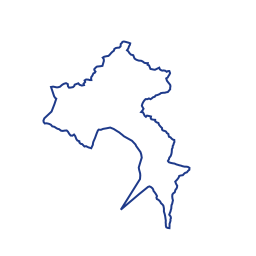 the district of Barra Mansa, Rio de Janeiro, Brazil, rotated 121°
{"feature_id": "56859067B22264554579489", "entity_name": "Barra Mansa", "entity_type": "district", "adm_level": 2, "iso_a3": "BRA", "parent_name": "Brazil", "parent_adm1": "Rio de Janeiro", "projection": "orthographic", "projection_center": [-44.185, -22.485], "detail": "fine", "context": "isolated", "style": "outline", "palette": "blue", "viewbox_px": 256, "rotation_deg": 121, "n_neighbors": 0, "source": "geoboundaries", "source_scale": "gbopen_adm2", "svg_char_len": 4027}
<svg xmlns="http://www.w3.org/2000/svg" viewBox="0 0 256 256"><g transform="rotate(121 128 128)"><path d="M192.5,40.9L190.6,41.9L188.8,43.0L187.4,43.3L185.6,43.8L184.4,44.6L183.1,44.8L181.9,45.9L181.1,48.0L179.6,48.3L177.6,48.6L176.1,49.1L174.8,49.4L173.1,50.3L171.6,51.0L170.2,51.1L168.5,51.7L166.9,52.2L165.4,53.7L163.8,54.9L162.1,55.7L160.5,55.5L159.1,54.8L157.7,55.2L156.3,55.5L155.0,55.2L153.4,55.5L152.1,56.1L151.5,57.4L150.6,58.7L149.6,59.9L147.5,59.4L145.5,59.1L144.0,59.1L142.7,59.4L141.5,58.3L140.2,56.7L138.4,56.4L137.0,55.9L135.7,54.7L133.6,54.4L132.2,53.9L130.5,54.8L130.5,56.6L131.1,58.1L132.0,59.6L132.7,61.7L133.0,63.3L133.5,64.7L133.9,66.4L134.3,67.8L134.5,69.7L135.3,71.7L135.9,73.5L136.3,75.4L135.7,76.8L133.8,76.8L132.2,77.3L130.2,77.0L128.4,77.3L126.6,77.9L124.8,78.8L123.5,79.5L121.9,79.6L120.4,80.4L119.0,80.4L117.5,80.9L116.1,81.0L114.4,82.2L114.8,83.4L114.7,84.8L114.1,86.8L114.4,88.4L113.5,89.3L112.3,90.4L112.3,92.1L111.5,93.5L111.6,95.1L112.1,96.4L111.9,97.9L110.5,98.8L110.1,100.7L109.3,103.0L108.0,104.6L108.4,106.2L108.3,108.0L107.0,108.9L107.8,110.5L108.5,112.5L107.8,113.7L106.3,114.2L107.0,116.4L107.6,118.1L109.2,118.4L108.9,120.1L107.6,122.0L106.9,123.2L107.5,124.9L105.5,124.6L103.5,124.6L102.7,126.1L101.8,127.6L99.6,128.2L97.5,128.3L96.0,128.2L94.2,127.8L93.1,126.0L91.9,125.3L91.7,123.5L90.4,122.9L88.8,122.4L87.5,121.2L85.9,121.1L84.5,119.7L82.6,118.3L81.2,117.8L79.9,116.3L78.7,114.5L77.6,113.5L76.7,112.4L74.7,112.1L73.1,111.8L72.0,112.5L70.6,113.0L69.5,113.8L68.8,115.3L68.3,116.8L67.4,119.0L65.8,120.8L64.3,120.0L62.4,120.1L61.0,120.0L59.3,120.2L57.9,121.9L58.6,123.0L59.9,123.8L59.7,125.4L60.3,127.1L61.2,128.2L61.4,129.5L61.3,130.9L60.2,132.3L61.9,133.4L63.0,134.1L64.2,134.9L64.8,136.3L65.2,137.5L65.8,139.2L64.5,140.9L63.5,142.2L63.7,143.8L62.2,144.4L63.1,145.9L63.7,147.5L63.4,149.8L63.6,151.4L64.7,153.5L65.2,156.0L65.1,158.1L64.1,159.5L62.9,161.0L63.6,163.3L63.0,165.5L62.1,167.2L61.9,168.9L59.7,168.7L57.6,169.2L55.9,169.2L54.3,169.7L54.6,171.5L55.0,172.9L55.4,174.4L56.0,176.1L57.0,177.1L58.4,177.1L59.7,177.5L61.9,176.4L63.6,176.9L64.8,178.6L65.7,179.6L67.3,180.4L69.0,179.9L70.7,180.6L72.6,181.1L74.6,181.4L76.3,181.9L77.9,183.8L79.3,185.2L80.7,185.9L81.4,184.3L83.0,183.2L86.1,182.4L87.9,181.9L89.3,183.5L90.4,185.0L91.3,186.2L92.8,186.8L95.0,187.2L96.0,186.2L96.4,184.9L97.7,184.9L99.1,185.8L101.5,185.5L103.3,185.7L104.6,185.1L105.8,184.1L106.6,185.4L107.0,187.0L108.0,188.9L109.6,189.7L110.6,188.4L113.0,188.9L113.9,187.8L115.4,189.4L115.9,191.8L115.3,193.6L118.3,196.0L119.7,195.7L121.3,196.2L122.8,197.9L123.8,199.3L123.1,201.0L121.4,202.2L121.5,204.2L123.0,205.6L124.5,206.5L125.8,207.0L127.6,207.5L129.3,209.1L130.0,210.3L130.5,211.8L131.1,213.5L132.5,215.1L138.9,207.6L139.7,205.9L139.8,204.6L145.6,203.3L153.3,202.0L162.8,204.7L165.2,204.3L166.3,203.4L167.0,201.7L166.0,200.4L165.5,199.1L165.1,197.7L164.9,195.8L165.6,193.8L164.9,191.7L165.0,189.7L165.0,188.1L164.5,186.5L164.8,184.0L164.1,182.4L162.9,181.0L161.7,179.3L162.1,177.5L163.3,175.3L164.0,173.3L163.2,171.7L161.4,170.9L162.1,169.1L163.3,167.6L164.2,166.4L164.8,164.9L164.4,162.9L165.5,162.2L165.9,160.5L165.4,158.9L165.8,157.6L166.3,155.8L165.2,154.6L165.0,151.9L164.6,150.5L164.3,149.1L160.5,149.5L159.0,150.2L157.6,150.6L153.7,151.1L151.6,151.5L150.1,151.8L148.6,152.1L147.2,152.3L145.8,152.5L144.5,152.3L143.5,150.3L141.6,148.9L139.1,146.0L136.8,143.5L136.2,139.8L136.3,135.7L136.3,133.1L136.6,131.3L136.8,129.4L137.2,127.3L137.1,124.1L136.9,118.0L138.3,113.0L139.2,111.8L142.2,104.9L143.9,103.0L146.4,100.9L147.8,100.6L153.4,99.2L156.4,98.4L158.0,97.0L160.7,94.2L162.4,93.0L165.6,91.4L197.8,92.0L201.7,92.1L178.9,84.4L168.2,80.5L167.0,79.5L166.8,77.8L167.1,76.0L167.7,74.8L168.8,73.7L169.4,72.0L170.3,70.0L171.4,68.1L173.0,67.8L174.0,66.7L173.9,64.8L174.4,62.7L175.5,60.9L175.8,59.2L176.3,57.8L177.4,56.7L178.7,55.6L181.1,54.2L182.9,52.2L184.7,50.5L186.1,49.4L187.9,47.9L189.5,47.1L191.0,46.0L192.3,45.2L193.4,44.0L193.2,42.5L192.5,40.9Z" fill="none" stroke="#1e3a8a" stroke-width="2"/></g></svg>